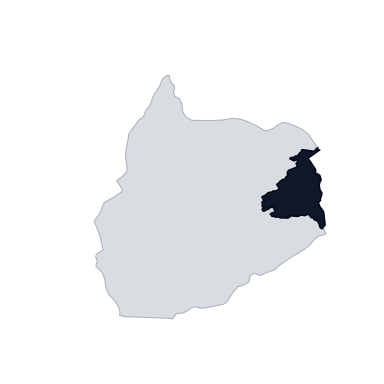 Mashonaland Central on a map of Zimbabwe (Equal Earth projection), rotated 56°
{"feature_id": "ZWE-524", "entity_name": "Mashonaland Central", "entity_type": "Province", "adm_level": 1, "iso_a3": "ZWE", "parent_name": "Zimbabwe", "parent_adm1": "", "projection": "equal_earth", "projection_center": [30.9, -16.688], "detail": "fine", "context": "in_parent", "style": "filled", "palette": "ink", "viewbox_px": 384, "rotation_deg": 56, "n_neighbors": 0, "source": "natural_earth", "source_scale": "10m", "svg_char_len": 6779}
<svg xmlns="http://www.w3.org/2000/svg" viewBox="0 0 384 384"><g transform="rotate(56 192 192)"><path d="M253.9,321.1L251.4,318.9L247.9,317.5L243.5,316.9L237.7,317.2L230.7,318.3L223.1,316.9L215.0,312.9L208.2,311.4L200.2,313.2L199.8,313.2L198.4,311.9L196.2,308.9L192.5,308.4L191.5,307.7L190.7,306.6L190.2,305.2L190.0,303.6L190.5,298.8L190.2,298.2L189.2,297.7L187.2,297.1L182.4,294.9L176.3,292.7L166.4,290.4L162.5,289.8L161.6,289.1L160.5,287.3L158.6,281.7L156.8,278.0L152.5,272.3L151.8,270.5L152.0,266.0L152.2,262.3L152.7,259.2L152.5,256.3L152.4,252.7L152.5,250.3L151.9,249.2L150.3,248.5L145.9,248.1L140.6,248.3L140.4,244.6L139.9,238.9L138.8,235.6L137.6,233.9L135.1,232.1L130.1,229.7L123.4,226.0L117.5,220.5L110.8,213.7L108.8,212.5L106.2,206.1L102.4,195.1L102.6,191.4L102.0,189.6L98.3,184.2L97.5,181.4L96.8,178.6L91.0,170.6L89.0,167.2L87.4,162.7L85.9,159.2L84.6,157.7L83.0,155.3L81.8,152.6L81.2,150.5L81.6,147.7L82.2,145.8L87.7,147.8L90.7,148.0L93.0,147.0L96.0,148.3L99.5,151.9L103.3,152.6L107.3,150.4L112.9,151.0L119.9,154.6L125.6,155.3L132.5,152.1L138.5,143.3L144.2,135.0L149.9,125.5L153.2,117.7L158.2,111.4L164.8,106.5L171.5,102.4L181.8,97.4L183.9,93.3L184.6,88.7L184.5,82.4L185.1,78.3L186.1,76.5L187.8,75.0L190.1,73.1L196.8,68.3L202.5,65.3L209.5,63.2L217.1,63.2L224.4,63.2L228.6,63.2L228.7,69.3L229.0,76.1L229.8,76.8L235.3,76.9L244.1,77.4L252.7,77.8L258.1,82.8L259.9,83.9L265.6,85.2L272.8,93.4L281.5,94.2L287.4,96.8L292.7,99.6L295.7,103.0L297.7,103.8L300.3,104.0L301.6,104.3L301.3,106.8L299.5,110.9L299.7,116.8L302.1,125.0L302.4,132.2L301.6,144.8L301.6,156.9L301.8,161.3L302.2,164.1L302.7,165.7L302.6,167.5L301.2,172.6L300.0,178.0L299.9,180.1L299.5,181.6L298.6,182.9L294.8,185.4L294.2,187.0L294.2,189.7L294.7,192.0L296.1,192.9L297.8,194.2L298.4,196.0L298.4,197.8L297.9,201.2L296.3,206.8L297.8,213.3L299.5,217.4L301.8,222.3L302.8,225.3L302.7,227.4L302.3,229.5L298.8,238.3L296.3,243.8L293.2,249.7L289.1,253.4L288.1,255.2L287.7,257.2L287.8,261.6L287.6,266.2L284.1,273.2L286.2,279.3L285.7,279.9L284.6,280.8L279.6,287.6L274.5,294.5L270.8,299.5L266.6,305.3L261.9,311.7L257.9,317.2L253.9,321.1Z" fill="#d9dde1" stroke="#a8b0b8" stroke-width="1"/><path d="M225.7,63.0L226.6,63.5L227.5,63.5L228.6,62.9L228.6,66.0L228.7,69.7L228.8,74.3L228.8,77.0L232.0,76.9L234.1,76.9L238.7,76.9L241.8,76.9L243.1,77.2L244.2,78.3L244.7,78.9L245.1,79.3L245.6,79.4L246.2,79.0L246.6,78.7L247.1,77.9L247.5,77.6L247.8,77.7L248.0,77.9L248.5,77.4L249.2,76.8L250.4,76.9L253.3,77.8L253.9,78.1L254.4,78.5L254.8,79.2L255.3,80.5L255.7,81.0L256.2,81.4L256.5,81.7L256.6,82.1L256.7,82.4L256.9,82.7L257.0,82.7L257.3,82.6L257.5,82.7L257.5,82.9L257.4,83.1L257.5,83.2L258.0,83.3L258.7,83.3L259.2,83.4L259.7,83.8L260.8,84.5L265.5,84.9L266.2,85.3L267.0,86.2L268.8,88.6L269.3,89.2L270.5,90.0L270.9,90.4L271.1,91.1L271.2,92.6L271.5,93.2L271.9,93.4L274.9,94.1L280.6,93.9L282.8,94.3L285.8,95.9L290.3,98.2L293.7,100.0L294.0,100.4L294.2,101.0L294.2,101.8L294.5,103.4L295.2,104.1L295.4,104.2L295.3,104.3L294.5,105.2L294.0,105.5L293.5,105.6L291.9,105.4L291.6,105.3L291.1,105.0L290.9,104.9L287.0,104.2L286.3,104.3L285.6,104.7L284.2,105.7L283.4,106.1L283.1,106.1L281.9,106.1L281.6,106.2L281.3,106.3L280.8,106.8L280.3,107.2L279.7,107.5L279.0,107.7L278.4,107.7L278.1,107.6L277.6,107.4L277.4,107.3L276.9,107.4L276.5,107.7L275.7,108.3L275.4,108.7L275.1,109.3L274.9,109.9L274.6,111.7L274.4,112.1L274.2,112.4L273.3,113.0L272.8,113.5L272.5,114.0L272.2,114.7L272.0,115.4L271.8,116.7L271.7,117.1L271.0,118.4L270.7,119.1L270.2,119.6L269.7,120.0L269.3,120.4L269.1,121.0L268.9,121.3L268.6,121.7L267.9,122.2L267.6,122.5L267.3,123.1L267.3,123.8L267.3,124.5L267.4,125.1L267.4,126.2L267.2,127.1L266.7,127.9L264.3,131.0L263.8,131.9L263.7,132.3L263.2,132.9L260.6,134.7L260.5,134.9L260.2,135.6L259.9,136.3L259.7,136.7L259.5,137.0L259.3,136.9L259.2,136.8L258.7,137.1L257.2,138.9L256.9,139.3L256.6,139.4L255.6,138.9L255.2,139.1L254.6,139.5L254.3,139.6L254.1,139.3L254.0,138.9L253.9,138.5L253.9,138.1L253.9,137.7L254.9,134.4L254.9,134.2L254.7,133.9L250.2,133.4L249.8,133.6L249.4,134.1L249.0,135.3L248.4,136.2L248.3,136.5L248.5,136.9L248.7,137.1L248.9,137.1L249.0,137.4L249.0,137.7L248.4,140.9L248.3,142.6L248.1,143.2L247.9,143.5L247.7,143.6L247.0,143.6L246.7,143.8L246.4,143.8L246.1,143.8L246.0,143.7L245.8,143.6L245.4,143.1L244.6,141.4L244.1,141.1L243.9,141.3L243.7,141.5L243.4,141.9L243.2,141.9L242.6,141.4L241.3,140.5L239.7,139.7L239.4,139.5L239.3,139.2L239.3,138.9L239.4,138.6L239.6,137.8L239.7,137.2L235.5,137.0L235.4,136.9L235.2,136.8L235.2,135.8L235.6,132.7L235.6,132.1L235.5,131.5L235.1,129.3L235.2,129.1L235.2,128.9L235.6,128.1L236.7,125.4L236.8,125.2L236.6,124.8L236.5,124.7L236.4,124.5L236.4,124.4L236.5,124.2L236.7,123.9L237.1,123.4L237.5,122.8L237.8,122.2L238.0,121.6L238.3,118.5L238.3,118.2L238.1,117.8L238.0,117.7L237.6,117.5L237.3,117.5L237.2,117.5L236.8,117.8L236.7,117.9L236.4,117.8L236.4,117.4L236.3,117.2L236.1,117.0L235.8,117.1L235.5,117.4L235.1,117.8L234.8,117.8L234.7,117.7L234.4,117.6L233.6,117.6L233.4,117.6L233.2,117.6L233.0,117.3L232.9,116.5L232.9,115.5L232.9,115.4L233.0,115.3L233.1,115.2L233.3,115.0L233.3,114.8L233.2,114.6L232.7,114.0L232.6,113.8L232.5,113.7L232.4,113.4L232.3,110.0L232.3,109.7L232.4,109.3L232.4,109.1L232.9,108.4L233.0,108.0L233.1,107.8L233.0,107.5L233.0,107.2L232.8,106.7L232.6,106.4L232.4,106.2L232.2,106.1L232.0,105.9L232.0,105.6L232.1,105.2L231.7,103.7L231.3,103.4L230.4,102.7L230.2,102.6L229.9,102.5L229.7,102.4L229.5,102.2L229.4,102.1L228.9,101.9L228.8,101.7L228.7,101.6L228.5,101.0L228.2,100.4L228.1,100.2L228.1,99.9L228.3,98.2L228.6,97.3L228.6,97.2L228.8,96.8L228.9,96.4L229.1,95.2L229.2,94.3L229.2,94.1L229.3,93.8L229.7,92.9L229.7,92.7L229.8,92.4L229.7,91.9L229.5,91.1L229.4,90.6L229.1,90.1L228.9,90.0L228.7,89.9L227.1,90.0L226.8,89.9L226.3,89.1L226.2,88.8L225.9,87.8L225.8,87.5L225.6,87.3L225.5,87.2L225.1,87.2L224.9,87.2L223.9,87.3L223.6,87.5L223.4,87.7L223.3,87.9L223.3,88.1L223.3,88.4L223.5,89.2L223.5,89.4L223.4,89.6L223.4,89.8L223.2,90.1L222.9,90.3L222.3,90.4L222.2,90.5L221.9,90.9L221.8,91.1L221.6,91.2L220.9,90.9L220.7,91.0L220.2,91.1L220.0,91.4L220.0,91.6L219.8,92.0L219.7,92.2L219.5,92.3L219.3,92.2L219.0,92.1L218.9,92.0L218.7,91.9L218.7,91.7L218.7,91.3L219.2,89.8L219.4,89.5L219.5,89.3L219.9,89.0L220.0,88.8L220.1,88.6L220.1,88.3L220.1,87.8L220.0,86.5L220.0,86.3L220.0,86.0L220.1,85.6L220.5,84.9L220.6,84.7L221.3,84.1L221.4,83.9L221.5,83.7L221.5,83.3L221.4,83.1L221.1,83.0L220.8,83.0L220.6,83.0L220.5,82.9L220.4,82.7L220.3,82.4L220.2,82.2L220.2,81.8L220.2,81.7L220.0,81.3L219.9,81.2L219.8,80.8L219.7,80.4L219.7,80.1L219.8,79.1L219.8,78.7L219.7,78.5L219.1,78.2L218.7,77.9L218.7,77.7L218.6,77.3L218.5,77.2L218.6,76.9L218.7,76.7L226.2,68.3L226.4,67.8L226.5,67.3L226.3,66.5L226.1,66.1L225.8,65.6L225.7,65.0L225.7,63.5L225.7,63.0Z" fill="#0f172a" stroke="#020617" stroke-width="1.5"/></g></svg>